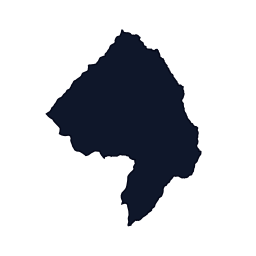 outline of Jericó, Boyacá, Colombia, rotated 29°
{"feature_id": "7082276B82066081329321", "entity_name": "Jericó", "entity_type": "district", "adm_level": 2, "iso_a3": "COL", "parent_name": "Colombia", "parent_adm1": "Boyacá", "projection": "robinson", "projection_center": [-72.572, 6.138], "detail": "fine", "context": "isolated", "style": "filled", "palette": "ink", "viewbox_px": 256, "rotation_deg": 29, "n_neighbors": 0, "source": "geoboundaries", "source_scale": "gbopen_adm2", "svg_char_len": 5790}
<svg xmlns="http://www.w3.org/2000/svg" viewBox="0 0 256 256"><g transform="rotate(29 128 128)"><path d="M164.0,79.7L163.2,79.5L162.4,79.1L161.3,78.0L161.1,77.2L161.3,74.9L161.0,73.9L160.6,71.8L160.1,70.7L159.4,70.3L159.2,70.0L158.6,68.8L157.9,68.2L157.3,67.9L157.0,67.6L156.7,67.2L156.6,66.4L156.4,66.0L156.1,65.3L155.5,65.4L154.8,65.8L153.9,65.2L153.2,65.1L151.8,66.0L151.4,66.1L150.9,66.0L150.1,65.1L149.2,64.9L148.9,64.7L148.0,63.7L147.0,63.5L144.6,62.3L142.5,61.5L142.2,61.2L142.0,60.6L141.3,60.0L140.7,59.8L139.4,59.8L138.3,59.3L136.7,58.0L136.0,58.0L135.7,57.9L135.5,57.6L135.3,57.0L135.1,56.8L134.4,56.6L133.8,56.2L133.1,56.2L132.5,55.9L132.1,55.5L132.0,54.8L131.8,54.6L129.1,53.7L128.5,53.1L127.6,52.9L126.9,51.8L126.1,51.4L125.5,50.8L125.1,50.6L124.1,51.0L122.8,50.6L121.3,50.6L121.0,50.4L120.9,49.8L120.7,49.5L119.9,48.5L118.9,47.6L118.5,47.3L117.8,47.2L117.0,46.0L116.0,45.7L115.5,45.3L114.7,45.7L114.3,46.2L114.2,46.5L114.4,47.1L114.3,47.4L113.6,47.5L112.8,48.0L111.6,48.5L111.1,48.1L110.0,47.9L109.3,48.7L108.5,48.8L107.5,49.4L106.1,49.8L105.5,49.7L105.2,49.6L104.7,49.1L104.2,48.3L103.7,48.3L103.0,48.5L102.5,48.6L101.4,48.0L101.0,47.7L99.8,46.4L99.5,46.3L97.6,46.2L95.9,45.8L95.1,45.5L94.7,44.9L94.6,43.6L94.5,43.1L94.0,43.0L93.2,43.1L92.1,42.5L91.2,42.5L90.0,42.7L89.8,42.8L89.4,43.5L89.0,43.9L87.8,44.3L86.5,45.1L85.1,45.0L84.5,44.6L84.2,44.5L82.9,44.6L81.8,44.9L80.5,45.7L78.6,46.4L77.8,46.5L77.4,46.4L76.0,45.3L75.5,45.3L75.3,45.4L76.1,47.9L76.5,50.9L76.3,51.7L74.5,53.4L74.2,54.2L74.1,55.4L74.4,57.5L74.7,58.1L75.2,58.5L75.4,59.1L75.4,59.5L75.3,60.4L75.1,61.0L73.7,63.1L73.3,63.9L73.0,64.8L73.1,66.0L73.4,67.3L73.4,68.3L73.1,69.8L73.1,72.1L72.5,73.7L72.4,74.4L72.6,74.9L73.0,75.5L73.1,76.1L73.1,76.4L72.9,76.6L72.0,77.3L69.8,80.0L69.7,81.0L69.9,83.5L69.9,84.1L69.4,86.0L69.5,86.9L69.2,87.6L67.2,89.5L66.4,90.0L64.9,91.1L63.7,91.8L63.3,92.2L63.3,92.7L63.8,93.2L64.3,94.1L64.7,95.3L65.1,96.1L65.3,97.2L65.0,98.1L64.4,99.0L62.1,101.9L61.9,103.0L62.2,104.9L61.9,106.2L61.6,107.0L60.1,109.9L59.5,111.5L58.5,112.8L58.2,113.5L58.3,115.9L58.1,117.7L58.4,119.7L58.3,120.5L58.4,121.5L58.4,121.8L57.8,123.1L56.9,124.1L56.6,124.7L56.7,127.2L55.7,129.8L55.6,130.7L55.5,132.1L55.1,133.5L54.9,133.9L53.8,135.2L53.2,136.4L52.9,137.5L53.0,140.7L52.6,143.0L52.6,145.2L51.8,147.3L52.1,149.2L51.9,151.4L51.6,152.2L51.0,153.0L49.9,155.2L51.6,155.7L52.5,156.1L54.7,156.5L55.9,156.6L57.7,156.6L58.1,156.7L60.1,157.9L64.1,159.2L66.2,159.8L68.4,160.6L68.8,160.9L69.6,162.2L70.4,164.1L70.9,166.1L73.5,166.0L75.8,165.3L76.9,164.8L79.3,163.0L80.3,162.7L81.5,162.8L82.0,163.0L82.6,163.7L83.4,164.3L84.1,166.4L84.3,166.7L85.2,167.6L87.6,169.6L88.5,170.6L90.1,171.5L92.2,172.8L93.9,172.8L94.5,172.7L96.2,171.9L97.4,171.6L101.8,171.8L102.1,172.0L103.2,172.0L104.3,172.4L105.0,171.9L106.3,170.4L107.5,167.7L110.0,163.9L114.4,162.0L114.9,162.0L115.6,162.8L116.4,163.4L118.6,164.6L119.5,164.8L120.1,165.2L121.0,165.6L121.7,165.7L121.6,165.1L121.4,164.8L121.5,164.4L121.3,164.3L121.3,164.0L121.6,163.7L121.8,163.7L122.2,163.5L122.7,163.1L123.1,162.6L123.2,162.2L124.1,161.4L124.6,161.4L125.5,160.8L126.2,160.6L126.3,160.4L126.5,160.4L127.0,160.8L127.3,160.3L127.9,159.8L129.3,159.2L129.8,158.8L131.9,157.8L132.2,157.4L132.6,156.6L133.3,155.7L133.4,154.8L134.4,154.7L136.3,154.1L137.3,153.4L138.1,153.1L138.4,152.7L138.6,152.6L140.5,152.6L141.0,152.4L141.5,151.9L142.0,151.9L143.3,152.5L144.2,153.1L145.6,153.2L147.1,153.1L149.5,152.3L149.8,153.0L150.4,153.9L151.6,155.3L152.1,155.7L151.8,157.1L151.8,158.0L151.9,159.2L152.0,159.5L152.8,160.2L153.2,160.9L153.4,161.6L153.3,162.4L153.0,163.6L152.2,165.9L151.7,168.4L151.6,169.8L151.7,170.7L152.3,171.9L152.8,172.8L153.5,174.3L155.1,178.8L155.6,180.7L155.7,182.0L155.5,183.8L154.5,187.8L155.0,190.3L156.1,192.1L157.0,193.0L158.7,194.3L159.2,195.2L159.3,196.4L159.5,197.2L160.7,195.9L161.4,195.3L162.3,194.8L163.3,194.7L164.4,194.9L164.9,195.1L166.0,196.7L169.0,199.9L171.2,203.3L171.5,204.1L171.9,205.9L172.4,207.1L174.2,209.4L174.5,210.1L174.9,211.9L175.3,213.3L175.2,213.5L177.5,211.5L177.3,210.7L177.4,209.8L178.9,205.2L179.2,204.6L179.6,204.4L180.1,204.6L180.7,203.9L181.6,203.8L182.7,202.6L182.9,202.2L183.5,200.5L183.7,199.2L184.4,197.8L185.4,196.1L186.0,194.5L186.4,193.8L186.3,193.1L186.5,192.5L186.3,192.0L186.5,191.8L186.8,191.7L187.4,190.6L187.1,190.4L187.2,190.1L187.2,189.7L187.3,189.6L187.7,189.8L187.9,189.7L188.3,188.5L187.8,187.3L187.8,187.0L188.1,186.1L188.7,185.0L189.0,184.2L189.0,183.5L188.6,182.1L188.5,181.0L188.6,178.9L188.9,176.0L188.7,174.8L188.6,174.4L188.8,173.9L190.1,171.5L190.1,170.7L189.7,167.8L189.1,166.1L188.1,164.4L187.9,163.4L187.8,161.6L188.0,160.7L188.8,159.9L189.1,159.5L189.1,157.2L189.3,156.8L189.9,156.0L190.2,155.3L190.2,154.8L190.0,153.3L190.7,150.8L191.0,147.8L191.5,147.3L192.6,147.2L194.1,146.1L195.5,145.3L197.3,145.4L199.4,145.3L200.5,144.4L201.5,144.2L201.8,143.7L202.2,143.4L203.3,142.7L204.0,141.5L204.1,140.4L204.5,139.5L204.8,138.9L205.6,138.6L206.0,138.1L206.1,137.5L205.8,135.9L206.0,134.2L205.0,131.6L204.9,130.2L204.3,128.6L203.8,127.9L203.6,127.0L203.6,126.4L203.9,125.7L204.2,124.7L204.4,123.6L204.0,121.2L203.8,118.5L203.8,117.9L204.1,116.3L204.1,115.5L203.2,113.5L203.0,113.3L202.7,113.3L201.3,113.8L200.6,112.8L197.8,111.7L197.0,111.0L196.5,110.4L196.1,109.6L196.2,108.5L196.2,107.8L195.5,105.9L194.9,105.2L193.9,104.4L193.6,103.9L193.4,103.5L193.3,102.3L192.3,100.6L191.8,98.7L191.1,97.7L189.7,96.8L189.1,95.8L189.0,94.8L188.7,94.2L187.3,93.9L186.8,94.0L185.9,94.4L185.0,94.5L183.3,93.9L182.4,93.2L180.8,93.4L180.5,93.4L179.4,92.5L178.2,91.9L176.1,91.2L174.8,90.5L174.6,90.3L174.1,89.6L173.2,89.1L171.3,87.4L169.7,86.7L168.5,85.6L167.9,84.7L167.4,83.6L167.0,83.4L166.4,83.2L166.2,83.0L165.7,82.0L165.1,81.5L164.5,80.1L164.0,79.7Z" fill="#0f172a" stroke="#020617" stroke-width="1.5"/></g></svg>